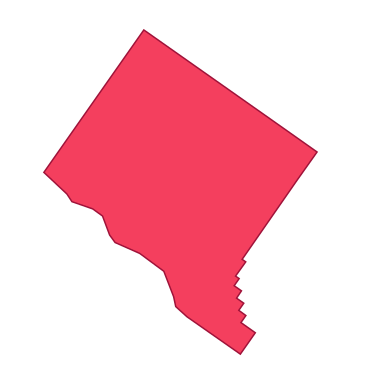 the district of Dodge, Nebraska, United States of America, rotated 35°
{"feature_id": "52423323B41821983343245", "entity_name": "Dodge", "entity_type": "district", "adm_level": 2, "iso_a3": "USA", "parent_name": "United States of America", "parent_adm1": "Nebraska", "projection": "equal_earth", "projection_center": [-96.564, 41.568], "detail": "fine", "context": "isolated", "style": "filled", "palette": "rose", "viewbox_px": 384, "rotation_deg": 35, "n_neighbors": 0, "source": "geoboundaries", "source_scale": "gbopen_adm2", "svg_char_len": 533}
<svg xmlns="http://www.w3.org/2000/svg" viewBox="0 0 384 384"><g transform="rotate(35 192 192)"><path d="M59.4,260.9L90.7,265.4L99.2,268.8L120.3,262.8L132.5,263.0L149.2,274.5L158.0,277.5L184.4,272.3L214.4,273.1L237.0,288.3L244.4,295.2L259.5,297.1L324.6,297.1L324.6,271.0L307.0,270.9L307.0,262.3L298.2,262.1L298.2,253.4L289.4,253.4L289.2,244.6L280.3,244.6L280.3,235.9L275.9,235.9L276.1,218.4L271.7,218.4L271.3,122.4L271.5,87.5L220.6,87.3L59.6,86.9L59.4,259.0L59.4,260.9Z" fill="#f43f5e" stroke="#9f1239" stroke-width="1.5"/></g></svg>